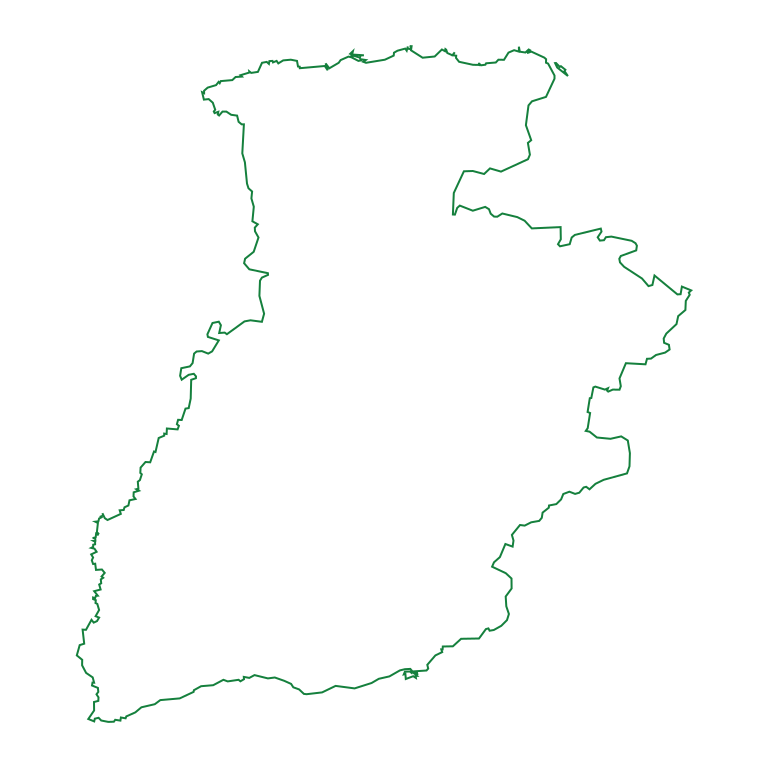 Lamongan, Jawa Timur, Indonesia
{"feature_id": "22746128B62762388436916", "entity_name": "Lamongan", "entity_type": "district", "adm_level": 2, "iso_a3": "IDN", "parent_name": "Indonesia", "parent_adm1": "Jawa Timur", "projection": "albers", "projection_center": [112.288, -7.123], "detail": "fine", "context": "isolated", "style": "outline", "palette": "green", "viewbox_px": 768, "rotation_deg": 0, "n_neighbors": 0, "source": "geoboundaries", "source_scale": "gbopen_adm2", "svg_char_len": 5943}
<svg xmlns="http://www.w3.org/2000/svg" viewBox="0 0 768 768"><path d="M88.3,719.0L94.2,721.4L94.8,718.7L98.6,717.8L101.2,720.5L108.3,721.9L113.9,721.7L115.2,719.8L120.4,720.6L120.9,717.5L125.6,718.3L126.3,716.4L135.3,712.4L141.4,707.3L154.8,704.2L160.3,700.1L179.7,698.4L193.6,691.9L193.9,690.2L201.1,686.2L213.2,685.2L223.4,679.8L227.7,681.4L238.6,679.8L240.4,681.3L244.0,679.2L243.8,676.9L249.3,677.9L254.5,675.1L267.9,678.4L274.8,677.5L284.2,680.8L291.1,683.9L293.3,687.3L299.1,689.4L303.9,693.9L306.6,694.2L322.1,692.4L335.6,685.9L354.6,688.4L371.6,683.0L378.8,678.8L389.4,676.4L399.9,670.4L404.9,669.2L410.3,668.9L412.7,671.7L411.8,673.1L409.9,671.5L404.9,671.7L403.8,674.4L405.4,674.0L405.8,679.0L413.2,676.2L415.9,677.9L415.6,676.0L417.1,675.9L415.5,674.5L417.3,674.1L417.0,672.5L413.9,673.1L413.4,671.4L426.5,670.5L428.2,668.6L427.3,664.8L435.4,655.4L442.2,652.1L441.3,649.4L442.6,649.4L442.8,646.5L452.9,646.3L461.1,638.8L479.0,638.5L485.9,629.1L488.4,628.4L489.6,630.7L493.8,630.0L501.3,625.8L507.0,620.1L508.9,614.0L506.3,606.3L505.7,596.5L511.6,588.5L511.5,578.5L505.8,573.2L492.1,566.7L494.0,562.3L499.9,557.1L505.4,544.0L512.6,546.6L513.5,540.6L511.9,534.9L520.0,525.0L524.7,525.6L531.2,522.3L539.2,520.9L541.8,517.8L542.6,512.6L548.8,507.7L549.0,505.5L556.3,504.1L561.1,499.4L563.3,494.0L569.4,491.7L575.1,493.9L579.3,492.7L583.6,487.5L586.2,486.8L589.5,489.3L595.5,483.8L603.7,479.8L627.0,473.4L629.5,466.3L629.9,453.2L627.8,440.5L621.2,436.4L610.5,438.8L596.9,437.5L589.6,431.7L585.8,430.9L587.7,428.2L590.1,413.0L587.6,412.0L589.8,398.2L591.3,398.0L593.4,387.4L595.3,386.6L604.9,389.6L608.0,388.2L607.1,390.6L608.2,391.6L612.8,389.6L619.5,389.7L620.8,386.2L619.5,378.4L625.9,363.2L645.5,364.3L647.0,358.8L651.0,358.6L656.0,355.0L665.1,352.6L669.6,349.5L668.9,344.8L664.1,342.8L663.7,338.5L666.3,333.6L676.5,324.1L678.2,316.1L685.4,310.0L685.8,300.9L689.7,294.8L688.8,292.6L691.2,290.4L681.9,286.6L680.6,294.2L677.4,294.4L654.5,275.5L652.4,285.0L648.5,286.1L642.0,278.5L624.1,266.8L620.0,262.4L619.3,258.8L620.8,256.0L636.2,250.4L636.9,245.7L635.5,243.2L631.7,240.8L611.4,236.6L605.9,237.2L604.0,240.2L599.9,240.6L597.7,237.3L601.5,231.6L600.8,228.6L574.9,234.9L571.7,237.5L569.7,244.2L560.0,246.3L558.0,244.2L560.8,239.3L560.6,227.1L531.8,228.4L524.6,220.7L517.3,217.1L502.3,213.5L497.3,216.7L494.1,216.6L490.7,213.7L489.0,209.2L485.2,206.9L472.8,210.7L459.8,205.6L457.2,207.9L454.9,214.6L452.9,214.5L453.8,193.0L463.9,171.3L472.8,171.0L484.1,174.0L490.0,168.4L501.0,171.6L528.0,159.2L529.9,154.7L527.9,142.9L531.2,140.2L525.9,125.2L528.5,105.4L532.0,101.3L546.0,96.9L554.5,78.7L554.5,75.5L548.1,63.6L546.0,62.7L546.1,59.2L544.3,57.6L531.3,51.6L527.1,53.1L529.9,50.2L528.7,49.5L525.4,52.5L519.8,51.7L518.9,46.7L518.9,51.6L514.1,50.2L508.5,52.6L504.0,59.8L498.4,59.7L495.8,62.5L486.1,63.3L485.4,64.7L481.0,65.3L479.6,64.1L479.0,65.9L479.2,62.9L478.6,64.9L473.0,64.8L459.1,61.8L456.0,57.9L456.2,55.7L452.8,55.3L454.7,52.3L452.4,55.3L447.3,53.0L446.2,49.7L445.4,49.1L445.0,51.2L441.9,49.5L434.7,56.5L422.6,57.7L411.0,50.3L411.6,46.2L409.7,46.1L411.0,46.5L410.4,49.1L407.6,48.7L407.8,46.5L406.7,50.7L405.2,48.6L397.5,50.7L394.0,52.7L393.7,55.6L384.9,59.7L366.0,62.8L363.3,61.8L365.8,60.0L360.5,59.2L361.1,60.4L358.4,60.9L352.4,57.8L353.0,55.5L359.9,57.6L360.7,55.3L363.9,55.3L353.2,54.6L351.4,57.3L352.9,51.2L350.2,53.8L351.6,54.4L351.0,57.2L348.5,56.6L340.6,60.1L338.7,62.8L329.3,68.3L325.6,63.4L327.7,70.3L324.8,66.0L299.8,68.2L299.7,66.7L298.0,66.5L297.0,60.9L290.8,59.7L283.2,60.4L278.3,63.4L276.6,60.9L273.0,62.4L272.5,60.9L269.4,61.1L268.9,63.9L266.7,61.9L262.0,62.8L257.9,71.9L251.2,72.9L249.3,71.4L249.5,72.5L240.5,75.2L241.9,76.6L235.6,77.0L232.3,80.1L220.7,81.1L219.7,83.2L218.6,81.9L216.1,85.1L207.7,87.6L204.1,90.7L204.1,93.2L202.1,92.2L203.9,99.6L208.7,99.1L212.8,102.7L215.2,109.7L213.8,111.5L214.6,113.1L218.3,111.8L217.8,114.5L219.1,115.5L222.5,111.6L226.4,111.6L231.2,114.8L237.1,115.6L238.6,121.8L241.6,124.3L243.9,124.3L242.3,153.4L244.9,162.3L247.0,183.6L248.5,188.3L252.1,191.5L251.4,198.4L253.8,206.7L252.4,221.3L257.8,224.3L254.8,227.6L255.0,231.3L258.5,237.5L253.7,251.8L245.1,258.7L244.1,263.2L249.3,269.3L267.9,273.2L268.0,274.9L261.9,277.6L260.0,280.7L259.4,295.9L264.1,313.7L261.9,321.8L250.5,320.3L244.5,321.4L226.9,334.2L224.7,332.6L219.2,333.0L220.9,325.2L218.8,321.7L212.5,323.0L207.4,334.3L207.9,336.9L218.8,340.4L212.1,351.4L208.2,353.6L201.9,351.1L196.6,351.5L194.1,353.6L192.6,363.1L189.9,366.4L181.3,368.2L180.1,375.8L181.7,379.7L188.7,374.8L193.8,373.8L196.0,376.4L195.9,378.2L191.2,379.8L190.7,398.6L188.7,408.1L185.5,408.6L181.7,420.0L178.1,419.8L176.9,424.2L178.9,425.8L177.6,429.4L166.9,428.5L166.6,434.0L164.2,433.6L164.2,435.7L158.7,438.0L155.5,452.0L154.0,451.5L150.2,462.3L145.5,462.0L140.6,467.6L140.3,472.9L141.8,474.3L139.9,480.1L137.8,481.7L138.4,488.7L136.4,489.2L138.9,490.7L133.7,492.3L133.5,496.4L135.5,499.0L129.5,500.3L128.4,505.5L124.5,507.3L123.7,510.0L119.7,510.3L120.8,513.9L107.5,520.0L104.8,518.2L102.4,513.2L103.3,515.5L100.8,516.5L101.5,517.3L99.1,518.5L98.4,521.3L95.3,521.7L97.9,523.0L96.9,532.1L98.4,533.6L97.8,534.7L96.1,533.7L95.7,537.3L92.6,538.1L95.2,538.0L95.4,540.7L93.5,540.9L95.1,541.7L95.1,544.3L93.2,544.7L93.1,546.9L91.2,547.9L94.5,548.7L96.6,551.8L91.2,554.4L93.1,557.5L91.8,560.3L93.1,564.0L95.2,563.7L96.0,569.9L101.9,569.5L104.7,572.9L101.6,576.5L103.2,577.8L100.8,579.4L101.2,583.3L99.2,584.5L100.6,589.5L94.2,591.2L97.8,595.7L95.9,595.9L95.1,598.1L93.1,597.5L93.1,599.1L95.8,600.2L95.5,603.0L97.3,603.9L99.1,610.0L95.6,616.2L99.1,617.6L97.0,621.1L93.7,622.6L91.5,619.8L86.0,629.8L82.6,629.6L84.2,643.7L79.7,645.1L76.8,655.4L82.2,659.8L82.1,665.3L86.1,672.9L92.7,677.4L94.1,682.7L92.5,682.6L92.0,685.5L97.9,687.9L98.3,691.9L96.5,694.3L98.5,697.4L98.3,700.9L94.0,702.0L94.1,710.5L88.3,719.0ZM567.9,76.0L564.5,71.1L565.4,69.8L560.9,66.2L559.8,66.9L556.0,63.0L555.1,63.1L557.2,67.5L567.9,76.0Z" fill="none" stroke="#15803d" stroke-width="2"/></svg>